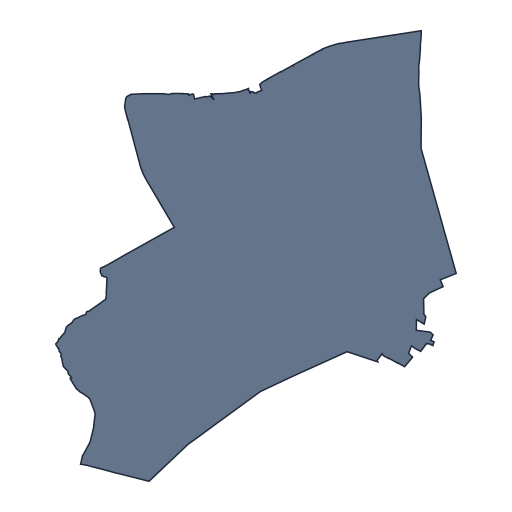 Heeze-Leende, Noord-Brabant, Netherlands (Albers equal-area conic projection)
{"feature_id": "6326949B20290330691137", "entity_name": "Heeze-Leende", "entity_type": "district", "adm_level": 2, "iso_a3": "NLD", "parent_name": "Netherlands", "parent_adm1": "Noord-Brabant", "projection": "albers", "projection_center": [5.542, 51.359], "detail": "fine", "context": "isolated", "style": "filled", "palette": "slate", "viewbox_px": 512, "rotation_deg": 0, "n_neighbors": 0, "source": "geoboundaries", "source_scale": "gbopen_adm2", "svg_char_len": 5516}
<svg xmlns="http://www.w3.org/2000/svg" viewBox="0 0 512 512"><path d="M125.1,109.8L127.7,119.6L127.9,119.5L139.9,164.6L140.3,166.1L140.8,167.6L141.3,169.1L141.9,170.6L142.4,172.1L143.1,173.5L143.7,174.9L144.4,176.3L145.1,177.7L145.9,179.1L174.3,227.4L167.9,230.9L165.2,232.4L159.6,235.5L154.1,238.6L148.5,241.7L140.2,246.4L126.3,254.1L118.1,258.8L115.3,260.4L112.5,262.0L107.0,265.1L105.6,265.8L104.2,266.5L102.7,267.2L100.5,268.2L100.5,268.9L100.2,271.4L100.6,273.0L100.8,273.4L101.5,274.4L101.7,274.7L101.7,275.0L101.6,275.3L101.6,275.6L101.8,275.8L103.0,276.1L103.7,276.6L104.6,276.8L106.3,277.2L106.6,277.3L106.8,277.6L106.9,277.9L106.9,280.4L106.2,293.6L106.3,294.5L106.4,295.8L106.0,297.2L105.6,299.2L105.4,299.7L105.2,299.8L104.7,300.0L104.0,300.4L103.0,301.0L102.3,301.7L101.1,302.6L91.4,309.4L90.7,309.8L90.2,310.3L89.8,310.7L89.6,311.0L89.4,311.1L88.9,311.3L88.1,311.3L87.3,311.5L86.7,311.8L86.6,312.0L86.4,312.4L85.8,314.3L85.7,314.4L85.5,314.6L84.7,314.9L82.6,315.5L81.8,315.8L81.3,316.1L80.1,316.6L79.7,316.8L76.5,318.3L75.7,318.5L75.1,318.9L74.7,319.1L74.1,319.7L73.4,320.3L73.2,320.7L72.5,322.0L72.2,322.3L72.0,322.5L71.6,322.7L71.3,322.9L71.1,323.1L70.7,323.7L70.5,323.8L70.0,324.2L69.7,324.3L69.2,324.5L68.9,324.6L68.6,324.9L67.9,325.5L67.2,326.2L66.3,327.2L66.2,327.5L66.0,328.0L65.7,329.1L65.6,329.3L64.9,332.2L64.7,332.5L64.1,333.3L62.5,334.9L62.4,335.1L62.1,335.4L61.7,335.9L61.4,336.3L60.9,337.0L60.7,337.4L60.3,338.2L60.1,338.4L59.5,338.4L59.2,338.5L58.9,338.7L58.9,338.8L58.6,339.6L58.3,340.4L58.1,341.1L58.0,341.4L57.6,341.9L56.9,342.5L56.6,342.9L56.3,343.3L56.0,343.5L55.9,343.6L55.8,344.0L56.1,345.0L56.3,345.4L56.9,346.1L57.3,346.7L57.9,348.2L58.0,348.3L58.4,348.3L58.6,348.3L58.8,348.5L58.9,349.1L59.0,350.1L59.2,351.3L59.3,351.5L59.8,352.1L60.2,352.7L60.3,352.8L60.8,353.2L61.0,353.4L61.1,353.7L61.3,354.4L61.2,354.9L61.1,355.2L60.7,355.6L60.7,355.8L60.7,356.0L60.8,356.3L61.2,357.0L61.4,357.4L61.9,359.0L62.1,359.9L62.2,360.4L62.2,361.8L62.8,363.5L63.2,365.7L63.2,366.0L63.3,366.4L63.5,366.6L63.7,366.8L64.6,367.8L66.2,369.5L66.3,369.7L66.8,370.2L67.5,370.4L67.9,370.8L68.0,371.1L68.0,371.6L67.9,372.5L67.9,372.8L68.0,373.0L69.1,374.8L69.6,375.3L70.0,375.7L71.0,376.7L71.5,377.4L71.7,377.6L71.3,378.0L70.2,378.2L70.2,378.3L70.1,378.5L70.4,379.1L70.7,379.4L71.1,380.3L73.4,383.9L73.9,384.8L74.4,385.5L75.0,386.6L75.8,387.9L76.1,388.3L76.4,388.7L76.7,389.0L77.4,389.5L78.9,390.9L79.6,391.6L80.0,391.9L80.8,392.4L82.5,393.4L84.1,394.4L86.1,395.9L87.0,396.4L87.8,396.9L88.3,397.4L89.8,399.1L90.2,399.8L91.0,401.9L91.0,402.1L91.9,404.4L92.3,405.5L93.5,408.8L93.8,409.5L94.0,410.0L94.5,411.4L94.6,411.9L94.8,412.4L95.0,413.1L95.0,413.9L95.0,414.9L94.1,422.4L93.8,425.4L93.8,425.5L93.5,427.8L92.3,433.0L91.2,437.3L90.7,439.5L90.2,441.4L89.8,442.4L89.4,443.3L84.0,453.3L83.5,454.1L82.5,455.6L82.4,456.1L80.6,464.3L81.4,464.3L86.6,465.2L88.5,465.7L95.5,467.6L103.5,469.6L112.5,472.1L115.9,473.0L118.3,473.5L149.0,481.3L164.5,466.6L170.5,460.9L187.8,444.5L201.2,434.8L217.6,422.7L222.5,419.2L260.3,391.6L267.0,388.4L283.5,380.6L290.2,377.5L295.3,375.1L347.1,351.7L356.4,354.8L357.6,355.1L359.4,355.8L377.5,361.8L377.8,361.9L377.7,361.7L377.4,361.2L377.4,360.9L377.4,360.5L377.5,360.1L377.6,359.8L377.7,359.5L378.3,358.7L382.1,353.8L383.1,355.3L383.4,355.6L384.1,356.1L388.5,358.5L388.8,358.2L397.9,363.3L398.1,363.1L404.6,366.7L412.6,357.2L408.6,353.3L409.5,351.0L409.9,350.1L410.1,349.5L410.6,348.1L410.9,347.2L411.5,346.0L414.7,348.2L416.4,349.3L419.6,350.8L420.1,351.0L420.7,351.4L426.7,343.4L426.9,343.6L427.0,343.7L427.2,343.8L427.5,343.9L428.3,343.8L428.8,343.8L429.2,343.9L429.5,344.0L430.0,344.2L430.7,344.6L431.1,344.8L432.9,345.6L434.0,341.8L430.7,340.4L432.9,335.4L433.1,334.9L430.2,332.1L416.3,330.3L416.5,319.6L422.0,322.7L421.9,322.8L424.2,324.1L424.6,322.2L425.2,319.5L425.8,317.0L423.6,313.4L423.9,312.5L423.6,298.7L427.1,295.2L429.5,292.9L443.1,286.6L440.3,279.8L456.2,273.4L454.3,266.7L452.6,260.5L449.3,248.9L448.4,245.8L447.7,243.1L447.0,240.9L446.9,240.4L421.1,148.5L421.2,127.7L421.3,126.6L421.3,117.4L419.9,94.3L418.7,86.2L418.7,78.8L418.8,76.7L418.9,74.1L418.9,72.0L418.8,67.4L418.7,65.9L418.9,65.2L419.5,60.6L420.4,48.5L420.4,45.8L420.4,44.6L420.6,42.3L421.1,36.8L421.2,34.5L421.2,30.7L394.7,34.8L394.4,35.2L394.2,35.2L393.9,34.9L347.1,42.1L345.2,42.5L339.8,43.5L339.7,43.3L337.8,43.8L336.2,44.2L333.2,45.1L330.2,46.0L327.3,47.1L324.3,48.2L321.9,49.3L322.2,49.7L322.0,49.9L321.5,49.8L320.1,50.4L318.7,51.1L317.3,51.8L315.9,52.5L312.5,54.4L313.1,54.6L312.8,54.8L312.2,54.6L293.4,64.9L293.3,65.4L293.1,65.1L281.5,71.5L281.4,72.0L281.1,72.1L280.8,71.6L272.9,76.0L269.4,78.0L266.8,79.4L266.9,79.5L263.8,81.2L261.3,82.8L261.4,83.3L259.7,84.5L261.7,90.5L259.8,91.1L257.6,91.9L256.2,93.1L256.1,93.3L254.8,92.7L254.4,92.8L253.6,92.2L253.2,92.6L252.2,91.6L250.7,91.7L250.4,92.8L250.3,93.1L249.9,93.2L249.6,92.2L249.4,91.2L249.3,90.9L249.2,90.8L249.1,90.6L248.6,90.2L248.3,89.9L248.1,89.7L248.5,89.3L248.5,88.5L247.1,89.1L244.7,90.0L242.4,90.6L241.4,91.2L239.6,91.6L235.0,92.5L229.8,93.1L229.8,92.9L227.5,93.1L225.1,93.4L223.5,93.6L214.1,93.8L213.7,94.2L213.1,94.6L212.4,93.8L210.9,93.8L211.5,95.0L211.8,95.8L212.1,96.3L212.4,96.8L213.7,99.2L213.3,99.2L210.0,96.0L207.4,96.7L205.4,96.8L205.3,96.5L194.6,99.0L193.5,94.3L192.9,94.0L192.4,94.0L188.7,95.2L188.5,93.8L183.1,93.8L183.2,93.6L178.9,93.5L172.0,93.5L171.1,93.7L169.1,94.4L168.2,94.4L163.8,93.7L144.0,93.7L131.1,94.3L126.9,96.5L125.8,98.2L124.6,106.7L125.1,109.8Z" fill="#64748b" stroke="#1e293b" stroke-width="1.5"/></svg>